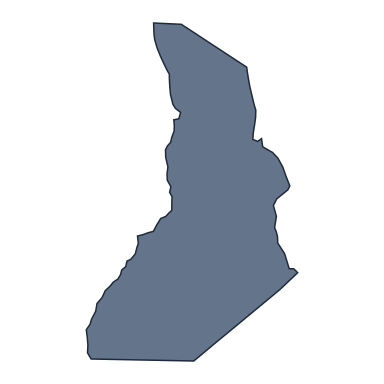 Chaval, Ceará, Brazil (Equal Earth projection)
{"feature_id": "56859067B9006418446479", "entity_name": "Chaval", "entity_type": "district", "adm_level": 2, "iso_a3": "BRA", "parent_name": "Brazil", "parent_adm1": "Ceará", "projection": "equal_earth", "projection_center": [-41.242, -3.075], "detail": "fine", "context": "isolated", "style": "filled", "palette": "slate", "viewbox_px": 384, "rotation_deg": 0, "n_neighbors": 0, "source": "geoboundaries", "source_scale": "gbopen_adm2", "svg_char_len": 1282}
<svg xmlns="http://www.w3.org/2000/svg" viewBox="0 0 384 384"><path d="M165.7,157.4L167.9,166.9L167.0,173.9L167.3,180.3L170.9,186.7L169.6,192.3L172.0,196.6L171.8,204.6L171.8,210.3L168.9,213.0L165.8,216.4L160.7,218.5L156.8,224.8L153.4,231.4L148.5,232.6L142.8,234.7L137.5,236.0L138.3,243.3L136.8,247.9L135.3,253.9L130.7,259.4L127.0,261.1L125.7,266.7L121.7,270.0L120.6,274.5L117.9,279.1L113.4,282.0L110.2,286.0L105.3,290.6L102.1,297.5L97.0,303.5L95.7,311.2L91.6,319.1L90.0,324.4L86.3,329.7L87.2,336.8L87.9,345.2L87.5,352.8L91.1,359.0L193.8,361.0L218.1,340.7L231.1,330.0L279.6,289.8L297.7,272.7L293.8,268.8L289.2,268.7L284.6,253.7L277.7,243.0L277.5,236.5L276.3,232.0L274.6,227.6L276.4,216.4L273.4,205.5L276.7,198.9L287.9,189.8L289.8,185.9L286.0,176.2L282.8,167.1L277.9,158.2L272.7,152.6L262.7,146.8L261.5,138.6L257.7,141.4L252.8,139.4L253.3,132.7L254.7,124.1L255.6,117.5L255.8,110.2L254.1,104.6L249.8,86.5L248.1,76.9L247.3,71.8L246.7,67.2L206.6,40.9L181.3,24.3L153.6,23.0L154.0,34.2L154.7,39.6L157.2,48.2L160.4,56.1L163.6,63.1L167.2,70.5L169.3,74.1L169.4,79.7L169.8,86.8L170.5,94.7L172.9,104.3L175.4,108.4L180.6,112.4L178.8,118.8L173.8,119.8L174.3,125.7L174.1,131.1L171.7,137.6L170.6,142.4L167.6,145.7L165.5,149.8L165.7,157.4Z" fill="#64748b" stroke="#1e293b" stroke-width="1.5"/></svg>